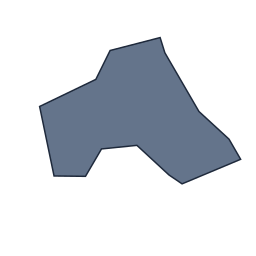 an SVG outline of Baie Lazare, rotated 334°
{"feature_id": "SYC-5203", "entity_name": "Baie Lazare", "entity_type": "state/province", "adm_level": 1, "iso_a3": "SYC", "parent_name": "Seychelles", "parent_adm1": "", "projection": "albers", "projection_center": [55.49, -4.757], "detail": "fine", "context": "isolated", "style": "filled", "palette": "slate", "viewbox_px": 256, "rotation_deg": 334, "n_neighbors": 0, "source": "natural_earth", "source_scale": "10m", "svg_char_len": 342}
<svg xmlns="http://www.w3.org/2000/svg" viewBox="0 0 256 256"><g transform="rotate(334 128 128)"><path d="M152.1,201.9L144.2,188.1L128.4,147.5L95.0,135.2L68.6,152.8L40.5,138.7L58.0,69.9L120.4,70.2L145.9,50.5L196.5,60.8L194.1,76.5L199.0,144.3L213.9,182.3L215.5,205.5L152.1,201.9Z" fill="#64748b" stroke="#1e293b" stroke-width="1.5"/></g></svg>